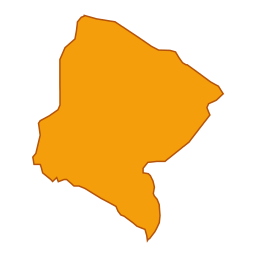 As Silw, Ta`izz, Yemen
{"feature_id": "15242507B98641384705731", "entity_name": "As Silw", "entity_type": "district", "adm_level": 2, "iso_a3": "YEM", "parent_name": "Yemen", "parent_adm1": "Ta`izz", "projection": "natural_earth1", "projection_center": [44.208, 13.346], "detail": "fine", "context": "isolated", "style": "filled", "palette": "amber", "viewbox_px": 256, "rotation_deg": 0, "n_neighbors": 0, "source": "geoboundaries", "source_scale": "gbopen_adm2", "svg_char_len": 2166}
<svg xmlns="http://www.w3.org/2000/svg" viewBox="0 0 256 256"><path d="M147.4,240.6L148.4,239.1L149.6,238.6L154.8,231.8L156.5,228.7L159.3,222.7L160.0,215.5L159.7,211.7L159.5,209.1L159.2,204.6L157.1,199.3L154.3,196.0L153.3,193.5L154.4,187.1L153.0,181.1L150.3,175.6L148.3,173.7L143.1,172.8L143.1,168.5L143.1,168.3L143.8,167.4L147.8,162.4L149.2,162.2L150.6,162.1L156.8,161.4L158.7,161.4L160.4,161.4L165.0,161.4L167.7,159.1L168.1,158.8L168.7,158.4L168.9,158.2L181.1,148.4L183.0,146.8L183.4,146.5L183.9,146.2L184.0,146.1L189.0,142.1L189.2,141.9L191.1,139.3L194.6,134.8L195.2,134.0L195.4,133.7L196.5,132.4L199.8,128.0L202.9,124.1L203.9,122.7L205.8,120.4L206.3,119.7L209.9,115.0L208.6,112.0L206.9,107.6L208.2,104.7L208.6,103.7L215.1,100.8L216.3,100.2L216.6,100.0L222.9,94.0L223.2,93.8L221.7,91.5L218.4,86.2L217.7,85.8L217.3,85.6L216.7,85.3L215.0,84.4L211.4,82.4L211.1,82.3L211.0,82.2L207.8,79.9L207.6,79.7L206.8,79.1L204.3,77.3L197.4,72.2L187.9,65.3L187.3,64.8L186.5,64.8L186.0,64.8L182.5,62.7L178.9,57.6L175.9,52.6L175.6,52.0L175.1,51.8L170.0,50.4L163.0,50.2L158.7,50.1L151.5,46.4L145.6,42.3L134.7,34.9L129.4,31.4L129.2,31.3L128.3,30.6L127.6,30.2L123.3,27.3L122.9,27.0L121.8,26.4L116.8,23.0L115.0,21.8L113.9,21.6L110.4,21.1L102.0,19.7L101.7,19.7L96.2,18.8L94.6,18.3L84.2,15.4L84.0,16.3L81.3,17.2L77.4,22.0L77.3,23.6L76.4,31.1L75.1,38.2L75.0,38.8L74.9,39.1L74.7,39.2L65.8,47.0L65.0,47.7L62.2,54.2L59.9,59.5L59.9,70.1L59.9,77.3L59.9,86.0L60.0,91.2L60.0,99.7L60.0,105.0L59.6,106.0L58.4,108.8L58.1,109.5L57.9,109.8L52.8,113.4L51.3,114.4L49.5,115.7L44.9,118.2L40.2,120.7L38.5,123.3L38.7,124.3L40.2,135.2L35.9,153.3L34.8,154.7L34.2,155.4L32.8,157.1L33.3,160.0L34.0,164.4L39.2,164.4L40.3,164.5L41.3,167.6L42.7,172.9L50.8,179.5L52.6,181.5L56.7,177.6L58.3,181.7L64.1,179.5L64.8,179.5L66.6,179.5L71.7,183.9L71.8,184.0L72.7,184.9L74.0,186.0L79.0,186.0L82.9,187.6L85.1,188.5L85.3,188.7L85.7,188.9L93.3,193.6L100.0,197.7L100.9,198.3L104.4,200.1L113.1,204.8L116.0,206.4L116.7,208.0L117.1,209.1L117.5,209.9L118.0,211.2L120.8,214.9L124.1,216.2L133.0,222.8L137.1,226.3L145.0,229.4L146.5,234.6L146.7,235.2L147.0,237.4L147.4,240.6Z" fill="#f59e0b" stroke="#b45309" stroke-width="1.5"/></svg>